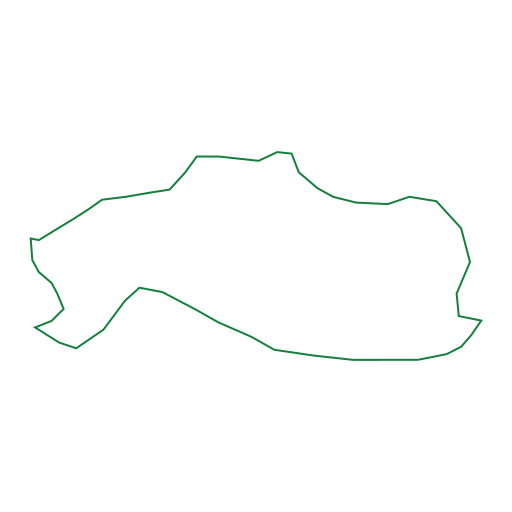 Tavrou, Cyprus
{"feature_id": "46923920B83443733114652", "entity_name": "Tavrou", "entity_type": "district", "adm_level": 2, "iso_a3": "CYP", "parent_name": "Cyprus", "parent_adm1": "", "projection": "orthographic", "projection_center": [34.075, 35.395], "detail": "fine", "context": "isolated", "style": "outline", "palette": "green", "viewbox_px": 512, "rotation_deg": 0, "n_neighbors": 0, "source": "geoboundaries", "source_scale": "gbopen_adm2", "svg_char_len": 748}
<svg xmlns="http://www.w3.org/2000/svg" viewBox="0 0 512 512"><path d="M30.7,238.5L32.3,260.0L38.7,272.0L51.6,283.0L57.1,293.2L63.6,308.9L51.6,320.9L35.1,327.4L59.0,342.5L76.2,348.3L103.5,329.6L125.0,300.7L139.4,287.7L162.4,292.1L195.4,309.4L218.4,322.4L251.4,336.8L274.4,349.8L313.2,355.5L353.4,359.9L395.0,359.8L418.0,359.8L433.8,356.7L446.7,354.1L461.1,346.8L471.1,335.3L481.3,320.6L458.8,316.1L456.6,293.6L470.0,262.0L461.1,228.2L436.4,201.2L409.4,196.8L387.8,204.1L356.2,202.6L333.3,196.9L317.5,188.2L298.8,172.3L291.6,153.6L277.2,152.1L258.6,160.8L218.4,156.5L196.8,156.5L185.3,172.3L169.6,189.6L150.9,192.5L125.0,196.9L102.1,199.7L87.7,209.8L71.9,219.9L57.5,228.6L38.9,240.1L30.7,238.5Z" fill="none" stroke="#15803d" stroke-width="2"/></svg>